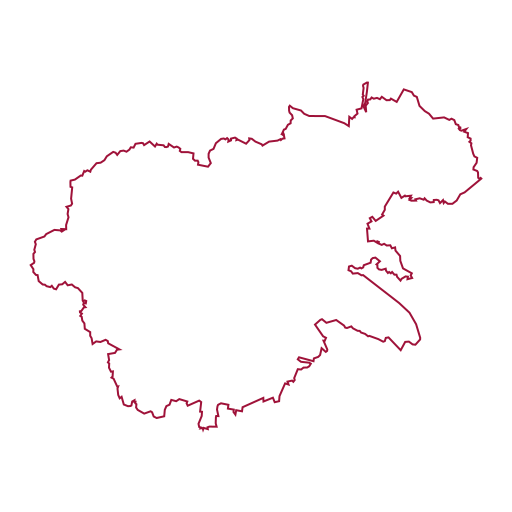 Xalapa, Veracruz, Mexico
{"feature_id": "50627088B48811130716283", "entity_name": "Xalapa", "entity_type": "district", "adm_level": 2, "iso_a3": "MEX", "parent_name": "Mexico", "parent_adm1": "Veracruz", "projection": "robinson", "projection_center": [-96.888, 19.542], "detail": "fine", "context": "isolated", "style": "outline", "palette": "rose", "viewbox_px": 512, "rotation_deg": 0, "n_neighbors": 0, "source": "geoboundaries", "source_scale": "gbopen_adm2", "svg_char_len": 6021}
<svg xmlns="http://www.w3.org/2000/svg" viewBox="0 0 512 512"><path d="M74.9,179.6L70.6,180.6L70.4,181.9L70.5,186.8L72.2,187.4L71.1,198.7L72.1,203.7L70.9,205.5L66.5,206.8L68.4,209.1L67.6,214.0L68.5,217.3L66.1,225.0L66.2,229.2L61.4,229.0L61.9,230.2L63.7,230.3L61.7,231.6L60.3,230.4L54.4,229.9L46.2,234.1L44.4,236.5L36.3,239.4L34.9,241.8L35.8,244.2L34.3,249.8L35.0,252.0L33.4,253.9L33.5,258.9L34.4,261.3L34.1,262.8L30.7,265.1L33.4,269.2L33.3,272.0L35.9,274.9L37.6,275.1L38.7,281.1L42.7,284.5L44.9,284.7L46.6,286.2L50.3,287.1L51.8,285.8L53.8,288.6L56.1,289.3L58.9,284.6L62.2,284.3L65.1,281.9L67.7,285.3L71.8,284.5L75.1,287.3L77.9,288.1L82.3,292.9L82.7,300.6L83.3,301.6L84.7,300.4L86.2,301.0L85.8,303.4L83.8,303.0L83.2,304.7L85.4,307.2L83.9,307.4L81.3,311.0L79.9,311.3L80.0,312.4L81.9,313.6L80.3,315.9L81.7,316.8L82.3,320.6L84.4,323.4L84.8,328.8L90.2,332.1L90.2,335.8L91.6,338.2L92.6,344.0L96.2,341.4L100.4,342.0L105.6,339.8L107.8,341.1L108.2,343.3L119.4,349.4L117.0,349.7L115.0,352.9L108.1,354.1L109.1,360.1L107.9,362.4L109.2,363.5L109.0,367.7L111.0,371.7L112.9,371.4L112.6,376.4L111.5,377.6L113.6,378.7L117.4,386.9L118.1,386.6L117.5,388.6L118.2,394.9L119.7,398.3L121.6,396.8L123.8,404.5L128.0,406.2L130.5,406.0L131.4,405.5L132.2,401.5L134.5,400.2L134.4,401.9L135.5,401.8L135.3,403.3L136.4,404.2L136.1,407.5L137.7,409.9L144.2,413.6L150.6,411.3L152.1,412.3L153.7,416.5L156.6,418.0L164.2,416.3L164.8,409.8L166.4,406.1L169.5,404.7L171.3,399.9L176.2,401.2L179.3,399.1L187.3,401.5L186.6,403.3L187.7,405.7L199.2,400.6L201.2,402.1L200.1,411.6L202.0,411.8L201.7,416.0L198.5,423.8L199.2,427.0L201.0,427.5L200.5,428.4L202.7,428.1L203.1,429.5L203.7,427.9L207.8,429.1L207.5,427.3L209.4,426.6L216.6,426.7L215.7,423.3L215.9,417.3L216.2,416.0L218.4,416.1L217.0,409.5L217.5,406.2L218.1,404.8L221.0,403.3L228.4,404.8L227.9,408.6L233.8,409.6L233.5,412.0L235.4,414.6L236.2,410.2L242.0,411.3L242.6,407.2L263.3,397.9L263.5,401.5L272.9,397.7L274.7,402.2L279.1,401.2L279.5,396.1L285.1,383.4L288.5,384.5L287.5,381.6L292.1,380.6L293.3,381.8L294.7,380.0L294.2,378.1L297.8,369.2L301.1,369.5L303.5,367.6L307.2,367.5L309.2,366.3L310.8,363.7L309.2,362.7L301.0,361.8L297.8,359.3L299.0,357.3L313.5,361.2L313.9,358.4L318.2,356.9L320.1,355.0L321.6,348.2L325.8,351.9L327.1,350.9L327.3,349.5L323.5,340.7L324.7,340.8L326.0,337.8L323.1,336.3L315.0,324.6L320.3,319.9L322.0,319.2L326.4,322.8L336.2,320.0L344.1,325.6L345.2,327.6L347.0,328.0L351.3,326.4L352.9,328.3L357.6,330.8L359.7,330.9L361.0,332.5L365.1,333.9L368.1,336.3L369.4,335.9L378.3,339.1L383.2,341.7L384.8,341.1L385.8,337.9L388.5,337.4L400.7,350.2L405.2,341.9L408.9,341.6L412.6,344.4L415.4,344.7L420.1,339.5L420.2,337.8L416.1,324.2L409.5,312.7L399.1,303.0L363.1,275.1L361.5,275.3L357.8,273.1L352.8,273.6L351.1,271.3L348.5,270.2L349.0,266.5L351.8,265.7L355.1,268.2L357.8,268.7L360.1,267.6L361.4,268.4L363.2,267.4L363.8,265.2L370.6,262.7L371.1,259.6L372.7,258.1L375.4,257.6L379.9,261.3L376.5,264.4L377.4,265.0L377.4,267.8L379.0,269.4L381.6,269.9L385.7,268.7L386.0,270.6L387.9,273.0L389.1,272.0L390.8,273.3L392.1,272.0L394.4,274.7L396.5,274.7L397.1,276.8L400.5,280.6L401.6,278.8L405.6,276.4L407.9,276.7L407.5,279.2L412.1,278.0L410.7,275.4L411.8,273.3L403.0,268.4L400.3,260.8L400.1,256.0L395.5,250.6L395.1,247.4L391.9,248.3L390.3,245.3L386.7,245.5L384.1,243.8L381.7,244.9L378.4,243.4L378.9,242.0L377.5,241.4L377.4,242.9L373.8,240.7L368.0,241.4L367.0,228.6L369.4,228.6L367.5,223.7L371.5,221.4L369.8,218.2L372.3,216.8L375.7,220.9L383.5,215.6L382.1,214.5L384.8,209.8L384.8,206.6L393.4,192.5L396.2,193.6L398.1,191.7L401.4,197.9L404.9,195.6L405.4,196.3L411.0,195.7L409.7,198.1L411.2,198.1L409.5,199.9L411.4,200.7L416.0,200.6L415.4,199.3L419.7,198.3L423.7,199.7L424.6,198.3L426.7,200.6L430.3,202.4L433.7,202.1L433.8,200.0L436.7,199.8L438.5,200.3L440.0,203.1L443.0,200.1L443.7,203.0L444.9,201.5L447.9,203.8L452.4,203.8L456.7,200.5L460.3,194.3L464.6,192.4L481.3,178.6L480.6,177.9L479.4,178.8L478.2,177.8L478.0,172.4L477.2,171.0L473.4,169.5L473.6,167.2L476.6,162.8L477.2,157.8L474.4,156.4L473.2,153.7L471.0,145.3L471.4,143.3L469.4,141.8L470.6,140.6L470.6,138.6L467.7,137.2L468.0,133.1L464.2,131.7L466.3,129.0L461.4,130.7L459.9,130.1L458.9,128.8L460.4,128.1L460.3,127.4L459.0,127.2L458.3,125.0L455.8,124.2L454.3,120.1L451.5,118.7L449.3,119.9L444.1,117.4L433.1,118.6L429.0,113.7L424.8,111.1L419.5,105.9L416.8,96.9L413.9,95.6L411.8,92.1L403.8,89.4L396.7,101.9L390.9,98.6L389.8,100.1L386.5,100.2L381.8,96.8L379.9,99.2L377.0,97.9L373.8,98.7L371.6,97.5L370.3,99.4L368.0,99.6L367.2,102.0L367.9,103.0L365.7,105.7L366.2,112.2L363.5,106.4L365.2,102.9L366.9,91.8L367.9,82.6L367.0,82.5L363.3,84.6L363.0,85.8L363.6,87.9L362.8,94.5L363.7,95.8L362.4,97.0L363.3,99.1L361.5,108.4L356.6,109.7L357.5,113.6L354.5,116.1L354.6,117.3L353.6,117.2L352.1,118.9L349.3,116.8L348.8,126.1L344.3,123.2L325.1,116.1L309.2,116.0L304.2,113.8L301.0,110.5L292.9,108.2L289.8,105.7L289.0,106.9L289.1,110.7L289.6,112.6L292.1,115.2L292.8,118.4L290.7,120.5L290.6,123.3L287.9,124.8L285.7,128.9L283.9,129.6L282.4,132.9L283.1,132.7L283.7,134.1L282.3,134.5L284.0,135.7L284.5,138.4L282.4,138.7L280.9,140.0L280.4,139.2L277.5,140.6L269.1,141.6L262.5,145.6L261.7,144.3L255.4,141.6L251.8,138.8L249.2,138.4L249.4,140.1L246.1,143.7L237.9,139.6L236.4,140.1L236.7,138.6L235.0,137.6L231.0,138.6L231.0,140.4L228.3,141.6L228.6,139.5L227.1,138.1L225.4,139.4L223.8,138.5L221.1,138.9L215.9,143.2L213.5,148.9L210.0,150.6L208.6,153.8L208.6,157.6L210.8,163.1L208.0,166.7L198.0,164.7L198.4,162.2L197.7,160.7L195.0,160.7L193.0,158.8L193.5,153.4L188.0,152.1L181.4,152.1L179.8,150.9L180.3,148.8L178.5,147.4L176.7,146.6L174.0,147.5L168.7,143.9L168.0,146.5L166.5,147.1L164.9,147.0L163.6,145.3L157.5,144.7L156.7,143.7L155.0,146.5L149.6,141.5L144.1,145.1L143.0,143.2L141.6,142.9L135.5,143.8L133.6,147.6L130.8,147.3L129.4,149.6L126.5,151.7L123.6,150.6L120.3,151.1L117.2,154.9L115.6,152.7L113.2,151.9L106.8,156.3L104.4,160.2L100.6,162.7L96.5,163.2L90.9,169.7L90.3,171.7L87.4,170.3L85.2,171.7L84.2,171.0L82.3,175.7L80.8,175.5L74.9,179.6Z" fill="none" stroke="#9f1239" stroke-width="2"/></svg>